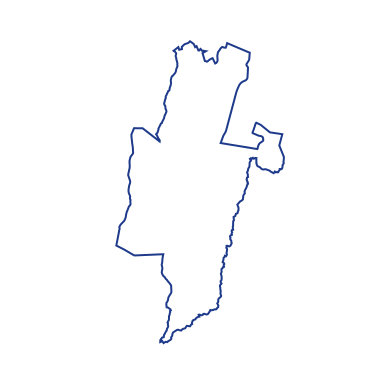 Ol Kalou, Central, Kenya (Albers equal-area conic projection), rotated 20°
{"feature_id": "3690345B95130653030363", "entity_name": "Ol Kalou", "entity_type": "district", "adm_level": 2, "iso_a3": "KEN", "parent_name": "Kenya", "parent_adm1": "Central", "projection": "albers", "projection_center": [36.373, -0.309], "detail": "fine", "context": "isolated", "style": "outline", "palette": "blue", "viewbox_px": 384, "rotation_deg": 20, "n_neighbors": 0, "source": "geoboundaries", "source_scale": "gbopen_adm2", "svg_char_len": 6071}
<svg xmlns="http://www.w3.org/2000/svg" viewBox="0 0 384 384"><g transform="rotate(20 192 192)"><path d="M213.5,343.9L214.5,343.0L214.7,342.1L215.5,342.5L216.1,343.1L217.0,343.7L217.8,342.6L218.6,341.7L220.0,341.6L220.9,340.0L221.5,339.4L222.5,338.0L222.8,337.0L222.1,335.8L222.3,334.7L222.6,333.9L222.4,333.0L222.1,332.1L222.3,330.4L225.0,326.8L225.9,326.2L228.1,326.1L229.2,325.9L230.0,324.1L230.9,323.3L231.8,322.7L232.3,322.1L232.5,320.9L232.9,319.6L234.2,319.2L235.3,319.1L236.2,318.8L236.3,317.5L236.7,316.7L237.3,316.0L236.7,315.2L236.6,314.4L236.8,313.4L236.6,312.6L237.2,311.8L238.7,310.5L239.0,309.2L239.6,308.2L240.4,307.3L241.5,306.7L240.2,305.1L241.0,304.6L242.7,304.8L243.5,304.3L244.2,303.7L244.3,302.7L245.4,302.2L246.6,302.2L247.6,302.1L248.4,301.6L248.9,300.8L249.2,299.1L249.5,298.3L249.6,296.6L250.6,296.6L251.3,296.1L252.2,295.7L253.1,294.7L254.1,294.3L254.9,293.9L255.2,293.0L255.4,292.2L256.0,291.2L255.5,289.5L254.6,288.8L253.8,288.0L254.2,286.8L254.1,285.7L253.7,285.0L253.5,284.2L253.5,283.1L254.9,280.6L255.0,279.7L253.6,278.0L253.1,276.3L252.9,275.2L252.2,274.4L251.3,272.2L250.6,271.2L250.2,270.1L250.8,268.8L251.0,267.8L250.1,267.3L249.7,266.7L249.4,266.0L249.8,265.0L249.7,264.0L249.0,261.9L248.4,260.7L247.2,259.2L247.1,256.7L246.4,255.4L246.1,254.1L246.8,253.1L246.8,252.0L247.7,251.3L246.7,249.8L247.0,248.8L246.6,248.0L244.8,247.5L244.8,245.4L244.2,243.1L244.8,241.8L244.7,240.7L245.9,240.8L246.2,239.6L246.0,238.4L245.3,237.7L245.1,236.3L244.7,234.1L244.1,233.2L243.3,232.7L243.4,231.9L242.9,230.8L243.7,230.4L244.7,230.5L245.8,230.3L246.5,229.3L246.8,226.5L246.0,225.4L245.6,224.4L244.0,223.2L243.8,221.8L243.0,221.0L242.9,219.9L244.2,218.6L243.4,217.7L243.6,216.3L242.7,215.4L242.5,214.2L243.6,213.4L243.1,212.7L242.2,210.7L242.2,209.8L240.7,205.4L241.1,204.3L240.5,203.1L239.6,201.2L240.9,199.7L240.7,197.5L241.6,196.8L242.1,196.0L241.8,195.1L241.9,193.2L241.0,190.7L239.6,189.2L238.9,188.2L240.0,185.6L240.3,184.6L241.8,182.8L242.4,181.5L242.0,180.4L241.9,179.3L241.5,178.3L241.5,177.2L241.7,176.3L242.1,175.3L241.2,173.5L241.2,172.5L241.6,169.0L241.6,168.0L241.3,166.9L241.7,166.0L241.8,165.0L241.0,164.5L241.1,163.7L240.4,163.2L239.8,162.4L239.1,161.7L239.0,160.7L238.7,159.7L239.5,158.8L238.4,156.4L237.0,154.7L237.2,153.7L237.2,152.8L236.9,151.1L236.9,150.3L237.3,148.7L236.6,146.1L236.1,144.8L236.2,143.6L236.7,142.4L235.1,141.1L235.5,140.4L236.4,140.7L236.7,139.7L237.4,139.1L237.9,139.8L238.8,139.5L239.7,138.4L240.8,138.1L240.8,138.9L241.4,139.4L241.9,141.1L242.4,141.9L242.5,142.8L243.1,143.4L243.5,144.2L244.5,145.1L245.5,145.4L246.5,145.4L247.8,145.7L249.7,146.6L250.8,146.6L251.6,146.3L253.1,145.5L253.9,145.4L257.9,145.4L258.8,145.9L262.3,146.4L262.9,144.4L264.0,144.9L264.8,144.2L265.6,144.3L266.3,143.9L266.3,142.4L266.9,141.2L266.6,140.4L267.4,140.1L268.3,139.9L268.6,138.9L268.3,136.7L267.9,135.7L268.3,134.4L268.3,133.3L267.6,132.5L267.4,131.1L266.4,127.7L258.1,118.4L257.1,106.8L244.8,109.3L233.6,105.4L228.7,104.9L228.4,105.7L228.6,112.7L228.5,115.0L228.8,115.9L235.4,116.3L237.7,115.9L238.5,115.9L239.7,116.3L240.5,117.2L240.8,118.2L241.3,118.9L241.1,120.0L239.0,122.9L238.5,124.5L238.5,127.4L238.8,128.5L238.7,129.3L202.2,136.2L202.2,128.6L203.0,124.1L203.0,122.2L199.7,85.1L199.5,82.3L199.5,80.3L199.8,75.6L200.3,73.7L201.2,71.9L201.9,71.0L204.3,68.6L204.8,67.6L205.1,66.5L205.0,65.6L203.2,59.5L202.0,55.8L201.2,55.1L200.4,54.8L199.7,54.0L199.5,53.1L200.3,49.5L200.4,48.4L200.3,47.4L198.6,41.3L196.8,41.3L174.1,40.1L174.4,43.7L174.3,44.9L172.9,45.3L171.7,45.3L170.7,45.4L169.7,47.4L169.5,48.7L168.6,51.8L169.2,55.4L170.7,58.8L171.1,59.8L171.1,61.1L170.6,62.5L169.8,63.3L165.6,59.2L164.5,60.2L163.2,61.7L161.9,64.0L161.2,64.5L160.3,64.3L159.3,64.5L154.4,57.9L156.9,54.9L154.1,55.4L153.3,55.9L151.1,54.6L150.6,55.6L150.5,56.5L149.6,56.8L146.4,53.4L145.4,54.8L143.1,52.4L139.6,51.3L138.5,51.1L137.8,52.8L137.2,53.5L134.7,55.5L134.2,56.2L132.8,59.2L133.7,61.2L131.3,62.7L129.6,60.5L126.4,65.6L127.3,65.9L128.3,66.1L129.2,66.7L129.9,67.5L130.0,69.4L130.4,70.3L131.6,71.8L131.9,72.7L132.4,73.4L132.9,73.9L133.3,74.7L133.9,75.4L134.3,76.1L134.5,77.1L135.3,78.7L135.2,81.7L135.4,83.1L135.6,84.3L135.5,85.6L135.2,86.6L134.2,89.3L133.6,90.1L133.5,91.6L133.8,93.9L134.1,95.0L134.9,96.4L135.2,97.4L135.5,99.6L135.4,100.9L135.5,101.8L135.6,102.6L136.0,103.7L135.8,104.6L135.1,105.3L135.1,106.8L134.9,108.1L134.9,109.1L134.6,111.0L134.8,111.9L135.3,112.8L135.1,114.1L135.6,118.6L136.2,119.4L137.4,120.2L138.7,122.9L139.7,123.8L140.4,124.9L140.5,125.7L140.4,126.9L140.4,128.1L140.2,128.9L140.2,129.8L140.5,132.4L140.0,136.4L140.1,137.5L139.4,138.3L138.8,144.1L139.2,145.0L139.1,146.2L139.3,147.9L138.5,150.0L139.5,150.6L141.4,152.5L142.0,153.1L143.0,153.7L144.0,154.5L144.3,155.6L123.8,149.0L115.7,151.9L115.4,158.7L116.1,160.5L119.0,166.4L121.2,170.5L122.1,172.7L123.3,175.4L123.3,176.4L122.5,178.9L122.2,180.7L122.4,181.9L122.6,183.8L122.8,184.6L123.5,186.4L124.0,187.4L125.1,190.4L126.0,197.0L126.2,197.9L128.0,200.2L129.7,202.3L130.4,203.5L130.7,204.7L130.8,207.7L131.4,210.8L131.8,212.2L132.4,213.6L133.1,214.7L134.9,216.7L135.5,217.6L135.7,218.9L136.2,219.8L137.0,220.5L137.2,221.8L138.1,223.7L138.4,224.7L138.4,225.5L137.7,227.1L137.6,232.1L137.5,233.3L137.7,234.4L137.8,235.9L138.3,238.0L138.4,240.6L138.1,242.4L136.1,247.0L135.7,249.1L135.8,250.1L136.4,250.8L139.2,268.2L140.9,268.4L148.1,269.3L159.0,271.3L159.9,271.2L186.3,260.3L186.9,264.1L187.6,266.7L188.2,268.9L188.4,270.8L190.0,273.2L190.6,275.0L190.7,276.3L191.1,278.0L192.4,279.6L193.6,280.6L195.4,281.3L197.1,282.6L198.4,283.1L199.3,283.8L202.1,285.4L204.3,286.9L206.7,292.6L206.9,294.0L206.0,298.2L205.9,299.2L206.4,302.0L206.3,303.3L205.9,305.1L206.3,306.4L207.6,309.0L208.7,308.8L211.8,309.6L212.6,310.4L212.0,311.4L212.6,312.3L212.6,313.7L213.0,315.1L212.8,316.5L213.4,318.1L213.8,319.1L214.0,320.3L213.6,322.9L214.3,323.5L214.4,324.3L215.6,326.4L215.6,327.3L215.4,328.3L215.3,329.1L215.6,330.8L215.2,331.9L214.9,334.6L214.6,335.9L215.1,338.1L213.8,338.9L213.1,341.0L212.9,342.1L213.5,343.9Z" fill="none" stroke="#1e3a8a" stroke-width="2"/></g></svg>